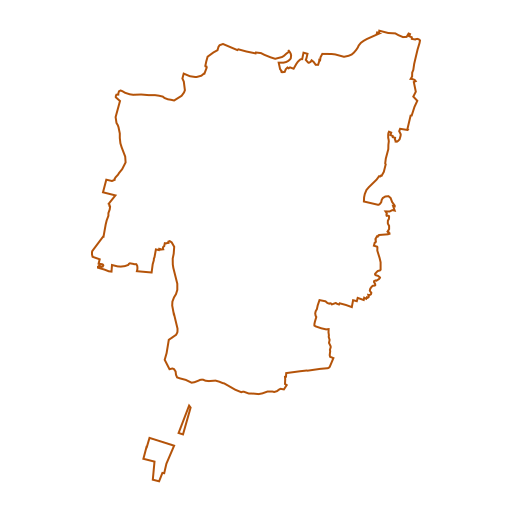 Kota Madiun, Jawa Timur, Indonesia (Mercator projection)
{"feature_id": "22746128B30166819315055", "entity_name": "Kota Madiun", "entity_type": "district", "adm_level": 2, "iso_a3": "IDN", "parent_name": "Indonesia", "parent_adm1": "Jawa Timur", "projection": "mercator", "projection_center": [111.53, -7.638], "detail": "fine", "context": "isolated", "style": "outline", "palette": "amber", "viewbox_px": 512, "rotation_deg": 0, "n_neighbors": 0, "source": "geoboundaries", "source_scale": "gbopen_adm2", "svg_char_len": 5971}
<svg xmlns="http://www.w3.org/2000/svg" viewBox="0 0 512 512"><path d="M169.5,369.2L172.4,368.5L174.0,369.1L175.6,371.5L176.0,374.8L177.1,377.4L179.7,378.3L185.8,379.9L191.6,382.7L194.5,382.2L198.6,380.6L200.0,379.9L201.5,379.7L203.1,379.7L205.4,380.7L208.8,381.1L215.5,380.6L219.3,381.7L222.7,383.1L224.2,383.4L235.2,389.7L241.3,392.2L242.4,391.8L243.8,391.7L248.7,393.5L253.6,393.6L258.6,394.1L262.3,393.4L267.6,391.5L272.3,391.5L274.2,392.0L277.1,391.1L278.7,389.8L280.5,388.8L283.9,389.4L286.7,385.1L285.0,384.0L285.2,379.3L285.0,376.8L286.0,376.7L286.2,373.1L300.4,371.2L306.8,370.5L307.5,370.7L319.9,368.9L327.7,368.2L328.6,367.9L329.7,366.9L333.4,358.1L330.1,356.8L329.7,355.1L330.2,351.1L329.9,349.9L330.7,347.2L330.6,346.2L329.0,342.9L329.6,339.9L328.7,336.9L328.9,335.2L328.5,332.5L328.6,329.1L326.2,329.4L321.3,328.3L315.7,326.4L314.4,325.6L314.4,324.1L314.9,321.7L316.3,317.0L315.6,315.7L315.2,313.4L315.7,311.2L316.9,309.1L317.7,305.4L319.5,300.1L325.5,301.3L327.4,303.0L329.3,303.7L329.9,303.3L330.7,303.3L331.8,304.4L335.8,303.0L337.0,303.8L339.0,304.5L339.7,303.3L346.0,305.0L351.8,307.1L353.1,300.2L356.8,301.2L357.7,297.9L363.7,300.0L364.2,297.7L366.2,298.8L366.9,297.3L367.7,297.8L368.8,296.8L368.3,294.9L369.2,295.1L370.3,294.7L370.9,294.3L371.2,293.4L371.3,292.7L370.2,291.4L369.8,290.5L370.3,288.6L371.6,286.8L372.7,285.8L374.6,285.6L375.2,285.3L375.2,284.2L374.4,282.5L374.1,282.3L374.0,281.6L374.2,281.0L375.8,280.4L376.4,280.7L379.0,279.0L379.9,277.9L380.0,277.5L378.1,275.9L375.7,275.2L375.1,274.6L375.1,273.8L377.1,271.6L377.8,271.0L380.0,270.4L380.6,269.7L380.6,262.3L379.6,258.0L377.3,250.6L377.4,247.5L377.2,246.7L373.9,245.7L374.7,242.7L375.6,242.3L375.9,241.3L375.6,240.7L375.8,239.8L375.4,239.1L377.0,236.3L377.7,236.6L378.2,235.7L378.6,235.7L379.0,235.0L387.9,234.3L389.5,233.8L389.4,233.1L388.1,232.4L387.8,231.9L388.0,231.7L387.6,231.5L389.1,229.1L389.1,225.9L387.9,223.7L387.8,223.0L387.9,220.6L388.9,219.0L389.1,216.8L388.9,216.0L387.9,215.7L386.7,215.8L386.4,214.9L386.8,213.4L385.5,211.4L389.6,211.5L392.4,210.1L394.7,210.6L393.1,206.0L394.7,206.3L394.7,205.6L392.1,202.0L390.6,198.0L388.5,196.2L385.3,196.5L382.8,198.0L381.7,199.9L381.2,202.2L380.0,203.8L378.8,204.7L378.1,204.8L363.9,201.5L364.1,197.3L364.8,194.0L366.5,189.9L368.9,187.1L376.6,179.6L379.1,176.2L380.1,176.5L380.9,175.6L381.6,175.8L383.8,171.9L385.7,164.4L385.2,163.4L385.8,158.6L388.3,149.2L388.4,144.7L388.8,141.4L388.6,139.6L388.2,137.8L388.2,134.8L388.4,133.1L389.0,131.7L391.2,132.6L390.4,135.0L392.8,136.1L392.8,137.2L395.1,137.8L394.9,139.7L395.6,140.5L395.6,141.6L396.9,141.7L398.2,140.8L399.6,139.3L400.6,135.7L400.7,134.2L399.2,131.2L400.1,128.8L407.6,130.0L407.8,129.7L407.3,129.6L410.6,115.6L411.7,115.5L414.5,106.8L417.3,100.8L413.3,96.6L415.8,91.7L413.8,82.0L415.1,81.1L415.5,81.3L415.7,81.2L414.6,79.9L412.2,79.0L410.7,78.9L412.1,76.5L412.2,72.6L413.3,69.9L414.2,63.8L416.0,56.1L417.6,49.4L419.5,43.1L420.0,40.5L419.4,39.7L417.6,38.9L415.9,39.1L415.3,39.5L411.8,38.9L411.8,37.3L409.2,36.2L410.0,34.1L408.6,33.5L406.6,36.9L403.0,37.1L398.3,35.1L395.3,33.4L388.2,33.0L379.3,30.7L379.1,32.8L377.1,32.4L376.9,33.2L379.0,33.6L366.9,39.0L363.7,40.8L360.9,42.8L358.7,45.5L357.8,47.5L356.2,49.9L353.9,52.6L351.7,54.5L348.6,55.8L344.0,56.8L335.1,54.4L331.5,54.0L322.3,53.9L320.5,57.3L320.1,60.2L319.3,59.9L319.2,61.3L318.1,64.8L315.7,64.8L313.6,61.9L311.6,60.3L310.6,61.9L308.8,62.8L308.1,62.5L305.8,59.9L306.4,58.4L307.5,53.8L303.5,52.7L302.2,59.1L301.2,59.1L300.0,59.7L297.9,61.7L296.4,63.8L293.6,68.7L290.0,67.4L288.6,68.3L287.5,67.5L285.8,69.2L284.7,71.9L282.5,72.2L281.6,72.1L281.5,70.9L281.0,70.7L280.6,69.6L280.1,69.2L278.7,62.7L283.3,62.7L286.2,62.0L288.3,60.9L290.2,59.2L290.8,58.2L291.1,55.4L290.7,53.7L289.7,51.9L288.2,50.0L289.3,51.5L286.4,53.6L284.0,55.8L282.1,57.0L275.2,58.8L270.5,57.3L264.3,54.8L261.0,53.1L255.9,52.5L255.6,53.4L246.4,51.5L238.3,49.3L237.4,50.1L223.0,44.0L219.6,45.2L218.5,46.8L217.5,50.2L213.5,52.4L207.6,56.7L206.3,61.3L205.3,66.0L205.5,66.4L206.5,66.6L206.7,67.6L204.4,73.7L203.9,73.6L201.4,75.7L196.6,77.0L195.2,77.0L189.8,76.2L183.7,73.6L182.4,78.5L183.8,81.6L184.9,90.2L184.0,92.5L181.6,95.8L174.1,100.5L171.1,99.8L167.9,99.3L164.5,98.0L162.8,96.6L158.9,95.7L154.8,95.1L148.3,95.1L141.1,94.5L133.2,94.8L129.8,94.3L125.1,92.8L122.4,91.2L120.6,90.5L119.0,91.3L118.3,93.5L118.3,94.6L116.4,94.7L115.8,96.2L115.8,97.3L120.0,101.0L115.6,117.1L116.5,123.0L117.8,125.2L118.5,127.2L119.8,133.5L119.8,138.0L120.4,143.3L121.6,147.2L125.2,156.6L125.6,162.4L122.2,169.1L118.9,173.2L118.1,174.6L115.6,177.3L114.6,178.9L114.7,179.8L111.9,181.0L106.3,179.7L103.0,192.3L115.4,195.4L108.7,203.8L109.2,204.2L109.5,205.1L109.3,205.8L109.6,206.2L110.0,206.3L110.1,206.7L109.7,209.5L108.4,213.1L108.4,215.8L106.7,220.3L105.7,224.4L103.5,236.7L103.1,236.6L92.3,251.0L92.0,252.1L92.0,254.5L92.6,256.8L99.7,259.3L98.6,263.6L102.4,264.3L103.0,264.7L103.3,265.3L102.7,266.6L102.2,266.7L101.5,266.7L99.1,265.6L99.0,265.9L99.2,266.6L99.0,266.8L98.0,266.8L98.0,267.7L104.5,269.6L108.8,271.3L111.5,271.6L112.0,265.0L117.6,266.4L120.8,266.6L124.9,266.1L128.3,264.9L129.0,263.8L129.9,263.3L133.3,263.9L134.1,264.2L136.3,264.2L137.2,265.8L137.4,267.1L137.4,269.0L136.9,271.2L151.6,272.5L152.7,264.2L153.8,260.3L153.9,258.6L154.5,257.2L155.9,249.4L158.9,250.1L159.2,248.8L160.4,249.1L160.6,249.6L163.2,249.3L162.9,248.4L163.0,247.5L163.4,246.7L164.2,246.2L164.8,243.2L166.2,243.4L166.8,243.1L168.5,242.9L168.4,241.6L169.7,241.1L171.7,242.4L174.2,246.8L173.7,253.7L172.7,258.6L172.8,264.5L173.3,267.8L177.3,283.8L177.3,289.9L176.0,294.1L174.0,297.4L172.4,301.6L172.2,305.5L173.8,314.1L174.0,314.0L177.5,328.6L177.5,331.1L177.3,332.5L176.1,334.8L168.8,339.8L166.6,353.1L164.7,359.8L169.5,369.2ZM174.1,445.7L149.5,437.9L146.8,447.1L146.5,447.0L143.4,458.8L154.5,461.6L152.8,479.7L159.1,481.3L162.4,472.9L164.2,473.2L166.4,463.7L174.1,445.7ZM190.6,407.6L189.1,405.6L178.6,433.0L183.0,434.4L190.6,407.6Z" fill="none" stroke="#b45309" stroke-width="2"/></svg>